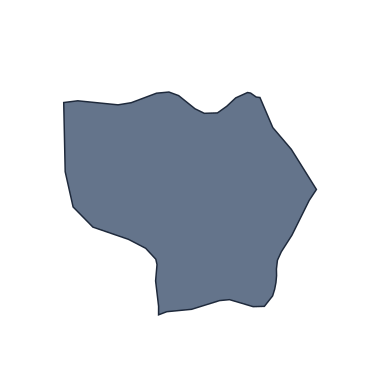 SVG path tracing the border of Kalinga, rotated 66°
{"feature_id": "PHL-4931", "entity_name": "Kalinga", "entity_type": "Province", "adm_level": 1, "iso_a3": "PHL", "parent_name": "Philippines", "parent_adm1": "", "projection": "natural_earth1", "projection_center": [121.33, 17.443], "detail": "fine", "context": "isolated", "style": "filled", "palette": "slate", "viewbox_px": 384, "rotation_deg": 66, "n_neighbors": 0, "source": "natural_earth", "source_scale": "10m", "svg_char_len": 695}
<svg xmlns="http://www.w3.org/2000/svg" viewBox="0 0 384 384"><g transform="rotate(66 192 192)"><path d="M240.3,77.3L247.3,88.3L272.1,118.3L282.9,134.7L289.1,141.7L296.7,146.2L302.9,148.8L308.8,152.1L314.4,156.0L319.7,160.6L325.9,172.4L321.6,182.8L305.6,201.5L302.4,211.0L299.0,240.1L291.1,263.7L290.6,272.5L282.8,269.0L258.4,261.4L244.1,253.5L238.7,252.4L224.6,257.2L209.3,269.4L183.8,296.8L157.3,306.7L121.9,299.6L58.1,272.8L62.2,259.3L82.3,224.1L85.7,211.2L87.3,184.2L91.3,172.4L98.5,165.0L117.2,155.4L125.1,148.8L130.1,136.6L127.8,125.3L123.8,113.8L123.7,100.8L125.5,98.2L131.4,94.7L133.3,91.5L166.0,92.0L193.5,83.9L240.3,77.3Z" fill="#64748b" stroke="#1e293b" stroke-width="1.5"/></g></svg>